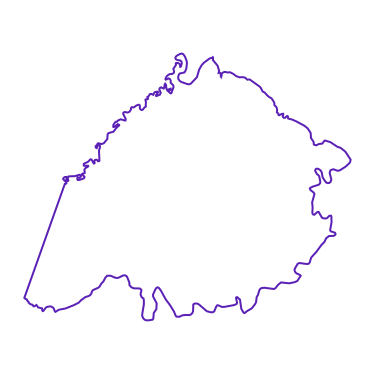 Chitré, Herrera, Panama, rotated 7°
{"feature_id": "35544464B26445161390898", "entity_name": "Chitré", "entity_type": "district", "adm_level": 2, "iso_a3": "PAN", "parent_name": "Panama", "parent_adm1": "Herrera", "projection": "natural_earth1", "projection_center": [-80.453, 7.98], "detail": "fine", "context": "isolated", "style": "outline", "palette": "violet", "viewbox_px": 384, "rotation_deg": 7, "n_neighbors": 0, "source": "geoboundaries", "source_scale": "gbopen_adm2", "svg_char_len": 5939}
<svg xmlns="http://www.w3.org/2000/svg" viewBox="0 0 384 384"><g transform="rotate(7 192 192)"><path d="M94.6,162.1L96.3,172.1L96.0,172.7L94.8,172.9L94.2,172.0L93.4,171.6L92.0,171.9L91.3,172.9L91.8,175.2L91.3,175.7L90.6,175.2L88.4,172.1L87.2,171.9L85.2,174.6L81.2,177.2L81.2,178.5L81.8,179.2L84.9,178.6L85.7,178.6L85.9,178.9L85.4,179.8L83.5,181.1L82.6,182.5L82.5,183.6L83.1,185.2L83.1,186.4L81.1,187.1L80.7,187.6L81.3,188.5L83.3,189.8L83.5,190.6L82.9,191.7L78.9,193.7L77.1,194.0L76.4,192.8L76.6,191.4L78.6,191.6L79.8,190.2L79.4,188.9L78.3,188.6L73.5,190.6L67.8,191.5L67.2,192.1L67.1,193.0L67.1,194.0L67.9,195.5L67.4,196.3L66.5,196.1L65.7,195.2L66.0,193.0L65.5,192.3L63.6,192.8L62.5,194.3L62.7,195.1L65.9,197.5L66.3,198.6L65.6,199.4L64.8,199.4L38.5,317.5L39.3,318.2L41.0,318.7L42.0,320.2L43.1,320.9L43.4,321.8L45.4,323.1L47.3,323.3L48.7,324.8L49.4,324.7L51.4,323.1L53.3,325.3L57.3,325.8L57.8,327.8L58.3,328.4L59.0,328.1L60.9,324.7L62.1,323.7L65.1,322.8L66.4,322.9L68.6,323.9L70.5,327.3L71.1,327.6L74.2,325.1L80.7,323.0L88.5,318.7L93.0,315.7L95.1,312.9L99.1,309.2L102.0,307.9L103.5,306.8L104.3,305.4L105.0,302.5L105.6,301.5L110.5,298.5L111.7,297.3L113.3,293.7L114.9,291.7L116.4,287.7L117.9,285.5L121.3,285.0L126.0,286.4L128.1,286.5L130.3,285.6L133.3,283.5L135.1,282.9L136.7,283.1L137.9,284.1L140.8,289.4L141.3,292.1L143.5,294.0L146.1,294.7L151.9,294.1L153.5,295.1L153.8,296.2L153.4,299.1L153.7,300.6L154.9,302.6L156.9,303.6L157.5,305.9L157.9,309.4L157.5,319.4L157.7,321.2L159.0,323.3L160.4,324.4L161.7,324.9L164.5,324.7L168.5,323.5L169.0,322.7L168.8,316.7L170.9,312.6L170.5,306.8L166.2,300.6L165.8,298.7L167.5,293.1L168.4,291.5L169.4,290.8L171.0,291.4L172.9,293.3L179.1,301.9L184.0,307.0L188.8,313.0L190.9,316.9L191.9,317.6L194.6,317.4L197.7,315.5L200.8,314.8L204.5,314.5L205.7,313.8L207.0,312.3L207.6,310.4L207.0,303.5L207.7,302.7L208.8,302.3L210.9,302.1L212.5,302.7L221.2,308.5L225.3,309.1L227.5,308.8L228.7,307.5L230.0,302.8L230.9,301.3L231.9,301.3L235.7,302.4L237.7,302.2L247.3,299.2L249.5,298.0L250.1,297.2L250.2,296.3L248.6,291.8L248.8,291.2L249.5,290.8L252.7,292.9L255.2,302.0L257.5,305.0L258.3,305.7L259.0,305.7L261.3,303.4L265.4,300.3L268.3,295.6L269.0,293.5L269.0,288.3L270.0,286.2L270.8,281.4L271.4,280.1L272.2,279.2L273.3,278.7L275.6,278.2L285.2,278.3L286.6,277.2L288.8,273.6L291.4,270.9L299.6,270.8L305.1,268.9L307.4,267.4L310.1,261.9L309.5,261.3L305.6,260.0L304.3,259.0L303.5,257.7L303.2,256.6L303.5,255.3L305.6,250.4L307.3,249.4L314.3,249.5L315.8,249.3L316.8,248.7L317.4,247.5L318.3,242.5L322.7,236.3L327.1,228.5L329.5,225.5L330.8,221.5L333.4,219.0L337.9,218.3L339.4,217.1L339.6,216.2L338.9,215.0L334.5,214.1L333.9,213.4L333.8,212.1L334.2,204.9L333.3,199.2L332.9,198.6L331.3,198.8L329.3,201.3L328.3,201.9L327.1,202.1L325.1,202.0L323.9,201.4L320.1,196.3L319.0,196.5L316.1,199.7L315.3,199.7L314.5,199.1L314.0,198.1L313.6,192.5L312.5,187.7L313.8,179.1L312.8,177.7L309.3,175.6L308.5,174.1L309.0,173.4L311.5,171.8L317.0,169.3L318.1,167.6L318.0,165.8L316.3,160.8L315.4,159.9L313.6,158.8L311.7,156.0L311.6,155.3L312.2,154.0L313.0,153.6L314.7,153.7L317.0,154.9L318.3,156.6L319.9,161.5L322.1,164.3L324.4,166.5L326.9,166.4L328.2,165.3L328.8,162.6L326.3,156.3L326.7,153.8L327.6,153.0L329.6,152.2L334.0,153.2L336.2,152.4L341.5,148.0L344.7,144.2L345.3,142.9L345.5,140.6L339.7,133.7L338.3,132.6L333.9,130.0L331.0,129.5L323.1,125.6L317.7,124.7L317.0,125.3L315.4,128.1L312.1,128.9L309.7,130.5L307.4,130.2L306.9,129.5L306.9,128.3L306.4,127.2L303.5,123.9L302.6,119.0L299.1,114.8L295.4,112.5L286.9,109.2L282.6,107.9L278.6,107.4L278.3,107.0L278.0,105.5L277.6,105.0L276.7,105.3L275.2,107.1L273.9,107.1L272.8,105.9L273.2,103.7L272.9,103.2L271.5,103.6L269.4,105.1L268.6,105.1L268.1,103.6L266.5,102.5L266.5,100.2L265.9,98.3L264.9,96.9L263.3,95.9L262.7,93.1L259.5,89.3L257.5,88.6L254.8,86.9L252.0,84.4L249.8,83.6L247.6,80.3L246.4,79.2L235.8,73.4L235.1,73.3L233.3,73.8L230.5,71.9L227.5,71.9L225.3,72.4L221.7,71.6L218.7,69.8L215.2,68.5L213.1,69.0L209.7,68.8L207.7,70.0L207.0,70.9L207.2,72.8L206.9,74.2L206.3,73.3L206.3,71.9L205.8,70.7L205.0,70.2L203.9,70.6L204.1,68.3L202.0,63.5L196.7,58.5L196.5,55.9L196.2,55.6L195.5,56.4L193.7,57.0L192.5,58.0L188.1,62.2L186.2,64.8L184.2,69.6L182.9,77.5L177.7,84.5L176.6,85.3L175.7,85.5L173.9,85.4L167.7,84.0L166.2,83.1L164.9,81.8L164.4,80.7L164.3,78.8L164.7,77.0L165.4,75.9L169.6,74.4L170.5,73.3L171.3,70.0L171.3,64.8L170.6,62.3L168.5,58.5L166.7,56.4L164.9,55.8L163.2,56.5L160.4,58.5L159.5,59.6L159.1,60.9L159.5,61.8L160.2,62.4L162.1,62.9L164.4,62.9L165.6,63.7L166.2,65.7L165.7,68.6L165.3,69.2L165.0,69.2L164.6,67.0L163.7,66.2L162.3,65.7L160.5,65.9L160.2,66.8L160.6,67.6L160.5,68.1L158.5,71.9L159.6,74.8L159.4,76.1L158.1,77.1L155.6,77.7L154.3,78.5L152.7,80.4L152.0,82.3L151.9,83.3L152.3,83.7L155.0,82.1L156.4,82.7L157.3,84.1L157.5,86.2L160.4,88.4L160.9,90.3L159.4,96.5L158.7,96.7L155.8,94.7L158.0,93.3L158.4,92.6L158.2,92.0L155.5,93.4L154.6,93.4L153.9,92.4L153.2,88.9L152.2,87.8L151.8,88.6L151.7,91.7L151.2,92.8L148.6,91.9L147.7,92.4L147.1,93.3L147.3,94.5L148.9,97.4L148.3,99.3L145.0,101.1L144.6,101.0L144.4,100.4L146.2,97.2L145.8,96.6L144.8,96.7L142.7,97.6L141.6,100.3L139.7,99.6L138.5,99.8L137.2,102.2L136.1,103.2L136.9,104.1L136.9,105.0L136.3,105.5L135.0,105.5L134.5,106.3L135.4,108.6L135.4,111.1L135.8,112.8L134.6,113.8L133.0,116.4L131.9,116.8L130.7,116.2L130.1,115.3L129.6,112.4L129.0,111.9L128.2,111.9L126.3,112.9L124.0,115.1L121.7,115.2L121.3,116.0L121.3,117.6L120.4,119.6L119.7,120.3L118.3,121.0L115.5,120.8L114.7,121.2L114.1,122.1L114.2,122.9L117.3,127.6L117.3,129.1L116.8,129.3L112.5,128.5L110.0,129.9L109.1,131.3L108.1,131.4L107.1,132.3L105.8,135.0L105.8,136.3L106.1,137.1L106.9,136.9L110.0,133.7L111.5,134.2L111.6,134.8L109.3,137.3L106.7,141.7L102.2,143.6L101.5,144.2L101.2,145.6L101.5,149.7L98.5,154.4L96.2,155.5L93.4,155.0L92.5,155.3L92.0,156.8L90.8,158.2L90.8,159.0L91.6,160.0L92.1,160.1L92.8,157.3L94.0,156.9L94.9,157.4L95.3,158.6L94.6,162.1Z" fill="none" stroke="#5b21b6" stroke-width="2"/></g></svg>